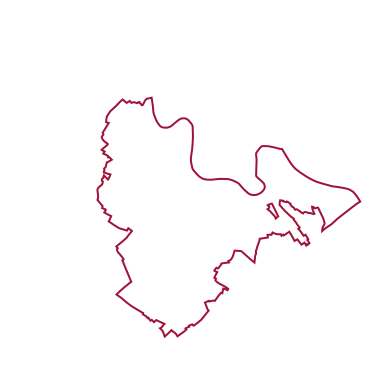 Tien Lu, Thái Bình, Vietnam (orthographic projection), rotated 230°
{"feature_id": "81297802B93646092032264", "entity_name": "Tien Lu", "entity_type": "district", "adm_level": 2, "iso_a3": "VNM", "parent_name": "Vietnam", "parent_adm1": "Thái Bình", "projection": "orthographic", "projection_center": [106.119, 20.668], "detail": "fine", "context": "isolated", "style": "outline", "palette": "rose", "viewbox_px": 384, "rotation_deg": 230, "n_neighbors": 0, "source": "geoboundaries", "source_scale": "gbopen_adm2", "svg_char_len": 5945}
<svg xmlns="http://www.w3.org/2000/svg" viewBox="0 0 384 384"><g transform="rotate(230 192 192)"><path d="M126.2,77.0L124.0,76.9L123.9,77.7L120.1,77.5L119.9,79.0L116.7,79.2L116.9,82.2L108.7,86.1L108.2,83.3L107.8,81.7L107.8,80.7L108.1,79.9L104.3,80.2L98.8,78.2L99.0,83.5L99.4,87.4L97.3,87.7L94.8,88.4L93.8,88.5L90.8,88.1L90.2,95.7L90.2,99.2L91.7,99.3L91.3,101.0L90.6,103.2L91.5,103.5L91.0,105.8L90.4,107.2L89.1,107.1L88.8,107.7L88.4,107.7L88.2,113.3L88.2,117.1L90.0,126.1L90.4,128.5L91.2,128.4L92.6,128.7L98.9,130.8L98.5,132.6L97.8,135.0L97.0,134.8L96.3,136.4L95.0,138.7L94.8,139.0L94.3,139.3L93.9,139.5L95.4,145.2L96.1,149.3L96.1,149.6L95.0,150.2L97.9,153.8L95.3,155.5L93.9,156.1L94.4,157.4L95.5,157.3L98.0,156.5L100.3,155.7L102.1,154.9L104.1,154.1L106.0,153.5L107.5,153.2L108.7,153.1L109.2,153.1L109.5,153.3L110.3,154.7L111.9,154.0L112.7,155.5L114.4,159.8L116.5,158.8L117.4,158.6L117.8,159.7L118.1,160.7L118.2,162.1L116.8,162.6L116.7,162.7L116.7,163.1L116.8,163.9L117.2,165.6L117.4,166.8L117.5,167.2L117.9,167.8L118.3,168.5L117.2,170.5L114.3,175.0L115.2,175.1L115.8,175.4L115.3,176.9L115.2,177.9L115.4,179.1L115.7,180.1L116.3,181.5L117.0,182.8L118.0,184.4L119.7,187.0L115.0,191.8L102.9,193.5L97.8,194.5L100.0,196.8L102.1,198.9L102.7,199.7L103.4,201.0L103.8,201.6L105.7,202.9L106.1,203.9L108.5,207.4L111.5,212.6L112.7,213.7L109.8,218.5L108.4,220.9L110.6,222.3L109.5,223.9L108.1,225.4L109.2,227.7L106.8,228.8L105.6,229.6L104.4,230.7L102.7,232.6L102.6,232.8L100.9,232.4L100.8,234.4L99.7,234.4L99.0,241.0L96.0,240.6L93.8,240.2L88.6,239.1L88.0,242.3L81.9,242.0L81.3,242.0L80.9,245.6L79.8,245.5L77.7,245.1L78.1,246.6L77.2,246.7L77.3,249.1L78.3,249.3L81.1,249.4L81.2,250.7L86.3,251.5L86.7,249.4L92.5,249.9L95.5,249.8L95.4,250.4L95.4,251.5L100.3,251.8L101.3,252.0L102.6,252.1L105.8,252.2L106.2,252.9L107.4,252.5L110.6,251.8L115.7,251.3L116.7,251.1L120.8,250.9L126.0,250.8L128.3,253.3L129.0,254.2L126.7,256.2L126.4,255.8L126.2,255.9L123.4,257.9L123.4,258.2L123.6,258.7L123.2,258.9L121.6,259.4L119.4,259.8L119.1,259.2L116.2,259.3L115.0,259.9L112.1,259.6L111.5,261.1L110.8,261.4L108.1,262.2L106.1,262.6L105.2,262.8L105.1,263.0L104.2,263.4L104.4,264.0L104.4,264.5L104.2,265.3L103.9,265.9L102.4,267.0L100.8,268.0L100.2,268.5L99.7,269.3L99.2,269.5L97.0,270.9L97.0,271.1L96.7,271.8L99.6,272.6L101.1,273.1L103.5,274.5L102.8,275.2L102.5,275.4L100.8,275.4L100.5,275.6L99.3,278.3L99.2,278.4L98.8,278.5L96.1,277.8L93.4,277.1L87.9,275.7L85.1,274.6L83.2,273.7L82.5,273.2L82.1,272.5L81.7,271.2L80.9,269.4L79.6,267.7L78.4,266.6L78.5,270.8L77.7,277.7L77.9,284.1L78.0,285.4L78.0,286.9L77.5,300.9L77.1,310.9L76.5,314.7L82.0,315.5L87.7,315.7L91.4,314.7L93.1,313.9L95.2,312.6L98.5,310.0L102.8,306.3L106.1,303.2L113.6,298.0L118.9,294.5L123.6,292.1L129.3,289.9L137.2,287.5L143.5,286.1L145.9,286.0L149.7,286.1L154.3,286.6L167.1,288.6L168.6,287.0L172.3,284.4L177.7,280.2L181.2,276.4L182.1,275.0L182.2,273.9L182.2,273.0L180.9,267.1L180.6,266.3L180.0,265.6L179.3,265.0L175.4,262.4L172.6,259.9L166.0,254.0L163.4,251.7L162.7,251.4L161.7,251.4L156.2,252.2L153.1,252.5L151.8,252.4L150.6,251.9L149.3,251.2L148.3,250.2L147.9,249.3L147.4,247.8L147.1,244.9L147.4,242.7L148.4,239.6L149.6,237.7L150.8,236.5L152.1,235.4L153.8,234.6L155.4,234.1L160.0,233.5L163.9,233.3L167.8,233.3L169.3,233.0L172.8,231.6L175.0,230.5L178.2,228.4L180.0,226.5L183.4,222.7L185.7,219.6L188.6,215.2L191.4,211.9L192.8,210.6L194.8,209.1L195.7,208.6L196.8,208.2L199.8,207.4L202.8,207.2L206.5,207.1L208.5,207.2L209.4,207.4L210.7,207.9L212.4,208.8L215.1,210.3L217.3,211.7L219.0,213.4L220.6,215.0L224.2,219.1L228.6,223.5L233.9,228.4L235.1,229.4L239.3,232.6L239.5,232.9L241.8,234.6L242.8,235.1L244.0,235.4L249.2,235.4L250.3,235.2L252.3,234.4L252.8,234.1L254.4,232.2L255.3,230.7L255.6,229.3L255.8,227.9L255.9,223.0L255.8,219.6L256.0,217.8L256.4,216.2L257.3,214.3L258.0,213.4L259.5,211.8L260.3,211.1L261.8,210.3L263.0,210.0L264.3,210.0L267.0,210.2L269.0,210.5L270.4,210.8L276.2,212.9L277.2,213.3L278.7,214.3L283.1,217.3L290.2,221.7L290.8,220.3L292.5,217.4L292.5,216.9L292.4,215.6L291.9,214.0L290.3,210.2L290.5,209.6L290.9,209.4L291.7,209.3L292.2,209.5L292.7,209.5L293.4,209.1L293.8,209.1L294.5,209.6L294.9,209.4L295.3,208.8L295.3,207.2L295.8,206.7L297.3,205.9L298.0,205.3L298.3,204.9L299.2,202.9L301.7,202.9L302.3,199.2L307.5,198.3L307.3,194.1L306.7,189.4L306.4,181.2L304.4,175.0L300.8,171.1L298.4,172.6L294.8,161.6L293.9,161.5L293.1,161.2L292.8,160.8L292.5,158.8L292.1,158.1L291.6,157.8L289.8,157.4L288.5,157.3L286.2,157.5L283.8,158.3L282.8,158.3L282.5,157.3L282.5,151.7L282.4,149.9L280.9,150.3L279.2,151.1L278.4,148.7L275.9,150.0L274.0,150.7L273.3,150.8L272.6,150.0L271.6,151.1L268.3,151.3L268.8,148.1L269.4,145.7L266.7,142.0L266.5,141.3L266.5,140.2L266.4,139.7L264.9,138.8L264.7,138.5L264.0,137.2L263.1,137.5L261.0,138.6L259.9,139.4L257.9,140.8L256.8,138.9L255.9,136.8L255.5,135.6L259.2,135.3L261.4,135.3L260.7,134.2L259.9,133.2L259.9,132.0L259.7,131.3L259.3,130.7L258.7,130.3L258.1,130.3L257.4,130.5L256.2,129.1L255.6,128.0L255.5,127.3L255.6,124.3L255.3,122.5L254.8,121.4L253.9,120.5L253.4,120.2L249.5,117.7L247.4,115.8L246.7,114.5L245.7,114.5L239.5,114.4L238.8,114.5L237.4,112.8L234.5,114.4L234.0,114.6L233.7,114.5L233.6,114.4L232.7,111.6L228.9,113.1L225.5,114.6L224.0,111.7L223.0,109.3L214.7,111.7L212.5,112.4L210.7,113.2L204.3,117.3L205.2,119.9L201.9,120.7L200.7,120.9L199.5,114.4L199.0,112.9L198.8,107.9L198.9,99.0L196.7,99.0L196.6,98.0L196.5,97.8L196.2,97.5L195.5,97.2L193.7,96.6L190.0,96.7L186.8,96.6L184.3,96.3L184.3,95.4L184.4,94.7L162.2,87.7L162.4,85.2L162.4,81.6L162.5,79.7L162.4,74.0L162.0,68.3L158.7,69.1L157.0,69.6L148.5,71.1L143.2,72.4L132.3,76.1L130.7,76.8L129.9,75.7L126.2,77.0ZM130.3,238.8L130.2,240.5L130.3,240.8L130.8,241.6L131.1,241.8L131.4,241.8L132.0,241.7L133.0,241.3L133.3,241.4L133.1,242.4L132.3,244.6L131.7,245.7L131.0,245.6L117.9,242.4L117.9,239.1L120.1,239.8L120.6,239.8L121.2,239.8L122.4,239.6L124.2,239.6L127.2,239.4L130.3,238.8Z" fill="none" stroke="#9f1239" stroke-width="2"/></g></svg>